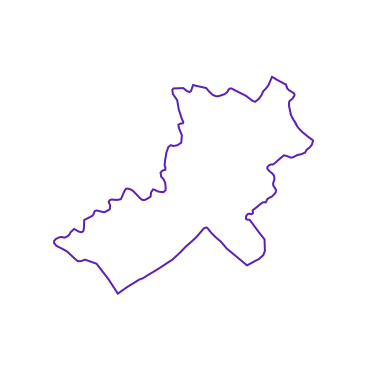 the district of Atlántida, Canelones, Uruguay, rotated 233°
{"feature_id": "84410073B77727536029585", "entity_name": "Atlántida", "entity_type": "district", "adm_level": 2, "iso_a3": "URY", "parent_name": "Uruguay", "parent_adm1": "Canelones", "projection": "robinson", "projection_center": [-55.769, -34.694], "detail": "fine", "context": "isolated", "style": "outline", "palette": "violet", "viewbox_px": 384, "rotation_deg": 233, "n_neighbors": 0, "source": "geoboundaries", "source_scale": "gbopen_adm2", "svg_char_len": 3767}
<svg xmlns="http://www.w3.org/2000/svg" viewBox="0 0 384 384"><g transform="rotate(233 192 192)"><path d="M160.2,319.7L161.6,319.4L162.5,319.1L163.5,318.7L164.4,318.5L165.3,318.3L166.3,317.9L167.1,317.7L167.5,317.7L168.6,317.4L169.6,317.1L170.5,316.9L171.5,316.7L172.5,316.4L173.5,316.2L174.2,316.1L175.1,316.0L175.9,315.9L176.6,315.8L177.4,315.7L178.1,315.6L178.9,315.5L179.8,315.6L180.4,315.5L180.9,315.5L181.4,315.6L182.0,315.8L182.6,315.8L183.8,315.8L184.0,316.2L185.3,316.2L186.0,316.1L186.6,316.3L186.7,316.5L188.0,316.4L189.1,316.5L189.3,316.7L190.1,316.7L191.3,316.8L192.0,316.9L193.0,317.3L193.4,317.3L194.3,317.5L194.9,317.7L195.4,317.8L195.6,318.2L195.9,318.4L197.3,318.9L197.8,319.1L198.3,319.3L198.9,319.7L199.2,319.9L199.7,320.1L201.0,320.6L201.5,320.9L201.9,321.0L202.4,321.4L202.9,321.7L203.3,322.0L203.7,322.3L204.1,322.6L204.4,322.9L204.8,323.1L205.1,323.5L205.5,323.8L205.8,324.5L206.0,325.0L206.0,325.6L206.0,326.3L206.0,326.8L206.0,327.3L206.1,327.8L206.1,328.2L206.2,328.6L206.3,329.2L206.9,330.2L206.9,330.8L207.1,331.2L207.5,331.7L207.5,331.9L208.0,332.4L208.6,332.7L209.4,332.8L210.5,332.4L212.0,331.9L213.5,331.3L215.1,330.7L217.0,330.4L218.1,330.5L218.7,330.8L219.0,331.2L219.7,331.2L220.2,331.2L220.8,331.5L221.4,331.8L221.6,331.5L222.3,331.1L223.4,330.7L224.8,330.0L225.6,329.7L227.4,328.8L228.1,328.5L229.6,327.8L231.3,327.0L233.5,326.2L234.2,326.0L235.8,325.2L231.3,317.3L230.2,313.7L229.6,309.5L227.6,305.9L226.1,301.2L226.1,296.6L229.0,295.0L236.3,293.0L243.8,289.3L250.8,285.9L251.8,284.7L251.9,283.1L250.5,280.0L250.6,276.6L251.7,273.5L252.5,271.0L254.0,268.8L257.3,266.9L262.4,266.1L266.5,265.9L268.6,264.1L274.7,258.9L276.8,257.4L275.6,255.5L273.2,251.9L273.3,250.1L275.6,248.8L280.3,247.5L285.8,239.6L285.5,237.8L281.8,235.7L274.2,235.4L266.1,231.2L256.3,227.8L253.1,227.2L252.3,226.0L253.6,224.0L253.9,221.6L250.8,220.0L243.3,218.0L237.9,213.1L238.1,208.5L239.9,204.9L242.2,203.2L242.1,200.1L239.0,195.4L233.6,189.7L230.0,186.3L227.5,185.5L225.8,184.1L226.9,181.3L226.3,178.5L222.8,176.6L219.6,177.0L215.7,176.2L211.7,173.9L209.4,172.0L209.0,169.2L210.8,167.1L213.2,164.9L216.1,163.6L217.5,162.5L216.4,159.2L213.3,156.2L213.5,152.3L214.1,149.4L215.5,147.6L218.6,146.7L223.6,146.2L228.4,145.6L231.8,144.1L233.7,142.4L234.3,141.0L232.8,137.4L230.7,133.9L229.1,130.9L230.7,127.4L232.9,124.8L234.4,123.4L234.9,121.3L234.4,119.6L230.3,118.4L227.7,115.9L228.0,112.7L228.7,109.7L232.2,106.7L234.7,104.7L235.3,102.7L233.6,100.1L232.9,98.5L233.3,95.9L234.0,92.0L234.5,89.1L229.0,84.6L227.1,82.8L226.1,81.4L226.4,79.5L228.4,77.8L231.3,76.6L233.4,75.6L233.0,71.0L231.9,68.8L231.5,66.1L232.2,62.7L234.7,60.7L235.8,58.3L236.4,55.0L235.9,52.4L234.3,51.2L230.7,51.3L223.2,54.9L219.5,56.5L209.6,58.2L205.4,59.2L203.5,61.9L202.3,65.9L192.2,72.6L172.7,72.8L155.4,71.6L155.3,77.8L155.1,83.2L153.8,97.2L152.6,101.1L152.2,106.9L151.0,117.5L149.8,135.9L150.8,145.9L152.2,154.7L152.6,161.2L153.4,168.7L155.8,179.5L155.2,182.0L154.0,182.6L147.5,182.8L140.4,183.9L135.1,185.2L126.0,185.7L100.3,191.8L98.2,205.4L98.7,211.0L101.1,214.8L105.7,218.0L110.5,221.4L120.0,221.2L133.4,221.3L135.2,221.3L136.3,219.8L137.4,219.0L138.3,219.0L139.6,220.2L140.4,221.3L140.7,222.8L140.7,224.0L139.7,225.1L138.5,226.1L138.3,227.7L139.6,228.6L140.9,229.5L140.9,232.0L141.0,235.7L141.2,239.1L141.1,242.3L140.2,243.7L139.3,244.7L139.8,245.8L140.5,246.8L141.0,248.1L140.8,250.7L140.3,253.2L140.4,254.5L141.2,258.4L143.1,260.4L148.3,260.8L150.3,262.2L152.6,265.5L155.6,267.3L158.5,267.3L162.2,266.3L165.2,266.2L166.4,267.1L167.0,269.3L166.5,271.6L165.3,273.0L165.2,275.7L165.6,280.2L166.0,287.4L163.4,289.6L159.9,291.7L158.9,293.6L158.2,298.1L156.5,301.9L155.4,306.0L156.8,308.9L156.8,313.0L157.7,316.3L160.2,319.7Z" fill="none" stroke="#5b21b6" stroke-width="2"/></g></svg>